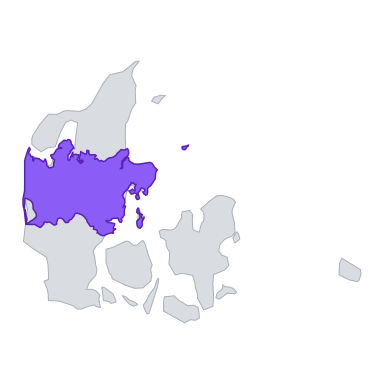 Midtjylland highlighted on a map of Denmark
{"feature_id": "DNK-3416", "entity_name": "Midtjylland", "entity_type": "Region", "adm_level": 1, "iso_a3": "DNK", "parent_name": "Denmark", "parent_adm1": "", "projection": "albers", "projection_center": [9.543, 56.244], "detail": "fine", "context": "in_parent", "style": "filled", "palette": "violet", "viewbox_px": 384, "rotation_deg": 0, "n_neighbors": 0, "source": "natural_earth", "source_scale": "10m", "svg_char_len": 9405}
<svg xmlns="http://www.w3.org/2000/svg" viewBox="0 0 384 384"><path d="M100.4,307.4L99.7,307.4L96.6,306.7L94.4,304.9L88.7,306.2L81.1,309.1L76.8,308.9L73.5,305.8L59.8,301.3L57.5,300.9L48.5,300.6L48.1,293.6L47.1,288.6L44.0,281.1L48.7,279.3L48.0,264.7L46.4,257.1L33.6,249.1L23.5,241.4L26.4,216.0L27.5,209.2L24.0,195.8L24.7,180.5L26.8,156.4L29.9,155.5L32.2,155.7L41.1,160.1L44.8,160.6L47.3,164.5L50.2,166.2L52.4,162.1L53.4,155.1L60.5,146.1L65.5,142.8L68.8,141.2L72.2,144.9L74.8,149.0L75.4,140.0L77.6,122.8L71.0,120.1L65.5,122.4L60.1,133.2L55.1,146.8L47.3,148.0L41.0,151.8L35.4,147.7L31.8,144.1L31.8,138.9L32.7,135.8L39.5,124.7L48.5,114.2L57.3,114.4L63.8,111.0L67.6,110.6L79.7,111.4L85.8,109.1L91.4,104.2L103.2,83.4L109.8,74.7L123.2,71.6L135.5,61.4L139.0,61.2L133.2,68.8L132.3,71.7L131.7,76.1L136.0,85.6L135.2,91.5L135.7,103.0L131.8,109.0L127.4,121.8L125.5,123.7L125.2,138.6L125.7,142.1L125.2,155.7L130.0,161.2L135.0,164.0L151.5,163.6L153.3,166.1L155.4,170.2L154.1,177.3L152.4,182.7L147.6,187.3L141.5,190.8L137.6,191.0L132.3,184.7L129.8,186.8L127.3,190.1L123.1,207.7L121.2,219.5L120.1,220.5L117.6,218.8L113.3,218.7L107.9,221.5L110.7,224.0L113.7,228.3L112.5,230.5L107.8,232.9L103.6,237.7L101.8,241.4L96.5,245.6L93.1,251.1L94.8,257.8L95.5,263.7L97.0,270.2L95.7,275.4L89.0,282.9L86.5,289.4L92.3,289.3L95.8,290.8L97.9,292.7L100.0,295.4L98.7,298.8L100.4,307.4ZM234.5,223.3L235.0,231.7L233.8,234.2L232.1,235.9L227.4,237.8L223.4,240.4L219.9,244.8L218.7,250.9L221.8,255.1L227.2,257.3L228.8,265.7L224.7,270.0L213.6,274.6L212.8,284.6L213.5,292.4L213.5,298.2L212.9,306.1L203.8,310.0L197.5,298.2L197.3,293.3L195.4,287.8L194.9,283.0L192.6,275.4L184.0,273.6L180.6,273.4L176.0,274.9L174.9,274.4L169.0,264.1L169.7,252.5L166.6,246.7L166.1,244.1L166.1,241.1L163.7,238.8L160.7,237.6L159.1,231.1L162.5,229.4L170.8,230.0L173.2,229.5L175.4,228.1L181.8,217.2L181.6,214.9L182.2,211.8L189.4,210.4L192.7,214.5L192.3,221.1L193.0,229.6L197.4,231.7L199.2,232.0L200.8,225.7L202.0,222.6L203.7,220.9L204.1,215.1L202.9,211.6L200.6,209.1L208.6,201.7L216.8,195.8L221.7,195.3L226.7,196.5L231.3,198.2L233.9,199.7L235.4,202.3L232.6,208.7L231.9,212.1L234.5,223.3ZM143.4,240.8L145.5,245.2L148.1,254.5L152.2,265.0L150.6,269.4L151.8,275.0L150.8,280.9L143.1,287.9L134.4,288.3L125.2,285.1L112.4,278.9L111.3,275.3L109.5,273.3L106.0,262.5L106.0,249.2L112.4,247.5L126.3,241.0L129.5,241.9L132.9,245.1L136.8,245.3L142.3,240.6L143.4,240.8ZM179.2,300.7L187.9,305.7L193.7,305.2L197.8,307.3L198.8,310.6L199.4,318.0L195.3,320.3L190.6,319.7L184.4,322.8L163.6,311.1L163.6,300.9L164.4,296.9L174.0,295.8L179.2,300.7ZM359.0,280.1L357.4,281.6L349.2,279.9L339.0,274.8L339.6,263.3L341.7,258.2L360.4,269.6L361.0,274.4L359.0,280.1ZM148.9,313.3L146.8,313.8L143.7,307.0L143.3,304.9L146.7,300.4L148.8,295.4L154.4,287.7L157.5,278.7L158.8,278.8L157.5,286.8L150.4,309.1L148.9,313.3ZM116.0,302.2L111.0,303.4L108.4,301.4L103.6,300.6L101.9,287.6L102.4,286.9L104.7,287.8L112.9,293.8L115.8,300.4L116.0,302.2ZM236.6,292.4L234.8,293.8L227.3,293.2L219.1,299.3L215.9,297.6L216.9,293.8L217.8,292.4L220.5,290.7L222.3,288.3L222.9,284.7L224.7,286.6L229.9,287.2L232.5,288.2L234.7,289.8L236.6,292.4ZM141.4,226.2L140.6,227.7L137.6,226.2L137.2,220.7L138.2,215.8L136.8,211.5L138.3,208.6L142.6,215.1L143.8,218.2L142.3,221.9L141.4,226.2ZM159.8,101.8L158.0,103.8L151.6,101.1L154.3,97.1L161.2,95.2L165.2,95.7L160.9,99.7L159.8,101.8ZM136.6,305.3L133.4,306.2L129.6,304.4L123.5,297.5L122.7,295.7L125.9,296.9L129.9,300.4L133.1,301.2L137.6,304.2L136.6,305.3ZM239.8,239.0L235.5,242.8L234.5,242.6L232.8,237.8L235.0,234.7L236.3,232.1L237.3,232.1L238.8,234.8L239.8,239.0Z" fill="#d9dde1" stroke="#a8b0b8" stroke-width="1"/><path d="M25.9,224.4L24.3,210.5L24.1,209.6L24.0,209.4L24.0,208.6L24.4,208.6L25.1,209.6L26.1,216.1L26.9,218.3L27.0,219.2L26.9,220.1L26.4,221.2L26.3,222.1L26.4,223.3L26.8,223.5L29.0,222.4L31.3,220.6L32.3,220.3L34.2,218.8L36.1,216.9L36.4,215.5L36.2,214.0L35.5,212.6L34.8,211.3L33.1,208.9L33.1,206.3L32.6,203.3L31.4,201.3L29.8,200.1L26.2,198.4L25.2,198.2L24.8,198.9L24.8,202.5L24.7,204.3L24.3,206.2L24.5,207.6L24.3,208.1L23.7,207.9L23.5,207.4L23.1,205.5L23.0,199.4L23.2,197.5L24.5,192.2L24.7,190.3L24.7,161.0L25.0,159.6L25.3,158.2L27.6,150.9L28.5,148.7L29.2,147.6L29.5,147.8L29.7,148.5L30.1,149.0L30.1,149.6L28.6,153.0L28.6,153.6L29.2,154.1L30.0,154.2L30.6,156.2L30.9,156.5L32.8,156.9L33.3,157.3L32.7,157.7L32.8,158.5L32.7,159.8L32.9,160.6L33.3,161.0L33.7,160.7L33.9,160.2L33.6,159.5L33.6,158.9L35.1,158.4L37.3,158.4L39.4,158.9L40.3,159.9L40.7,160.0L43.0,161.9L43.6,161.6L44.2,160.9L45.1,159.1L45.4,159.1L46.7,163.1L46.8,163.7L46.6,164.1L46.7,164.9L46.9,165.7L47.7,166.3L48.6,167.5L49.1,167.8L49.9,167.8L53.1,167.1L53.3,166.7L53.5,166.0L53.7,163.2L54.0,161.4L54.5,160.5L54.3,159.8L52.9,158.6L52.1,158.3L51.9,157.9L51.8,157.2L51.6,156.4L50.8,156.0L50.8,155.1L51.5,154.6L53.6,154.4L56.6,149.4L57.3,149.0L59.3,148.4L61.8,148.3L61.9,148.1L60.8,147.7L58.8,147.6L58.3,147.1L58.8,145.6L59.4,144.3L60.0,143.6L61.5,142.5L63.7,140.4L64.6,140.2L66.4,140.8L67.0,140.7L67.5,139.9L67.9,139.6L68.7,139.6L69.7,139.9L70.6,140.7L71.0,141.7L71.3,143.7L71.9,144.8L72.7,145.7L73.2,146.6L73.8,148.4L72.5,148.7L71.2,150.9L70.0,151.2L70.0,151.8L70.2,152.6L69.7,153.4L68.4,154.7L67.9,155.9L67.9,156.9L68.1,159.6L68.4,160.4L69.2,160.3L69.9,159.4L70.6,156.6L71.3,156.5L72.1,156.6L72.8,156.5L72.5,155.7L72.2,155.4L71.7,155.5L71.3,155.8L72.3,153.5L72.5,152.4L72.9,152.4L72.6,154.3L73.8,154.6L75.4,154.3L76.5,154.4L77.1,154.9L78.5,154.8L78.9,155.9L78.7,156.7L77.7,158.3L77.2,159.4L77.7,159.6L77.9,160.5L78.2,161.1L78.6,161.6L79.8,162.3L80.3,163.4L80.7,163.5L81.7,161.6L82.4,162.3L82.9,161.6L82.9,160.5L81.9,160.0L80.4,160.8L80.3,161.1L80.1,161.2L79.6,161.1L79.2,160.9L79.2,160.4L79.4,160.0L79.5,160.0L79.6,156.8L80.4,154.1L80.8,151.7L85.8,154.4L87.0,152.4L86.6,151.3L86.9,150.4L88.3,150.5L89.0,151.3L88.7,153.3L90.0,154.8L95.2,154.8L96.2,155.7L94.9,157.1L94.6,159.0L95.5,159.3L97.0,158.4L99.3,161.1L101.4,160.5L102.6,161.2L103.4,161.4L105.3,161.0L106.9,159.2L108.7,158.1L109.9,157.8L112.6,157.4L115.8,155.4L117.3,153.2L119.5,151.3L121.0,149.6L123.3,150.0L125.2,149.8L126.4,149.1L127.5,148.6L128.4,150.5L128.7,153.3L127.9,155.7L124.8,158.1L122.5,160.8L122.1,161.0L121.6,164.5L122.0,165.5L121.8,166.7L121.3,167.8L120.7,168.5L122.1,168.4L122.7,167.9L122.6,164.8L122.7,162.4L123.2,161.3L125.1,159.8L126.6,157.7L127.4,157.1L128.4,157.7L128.6,158.3L128.9,160.6L129.1,160.9L130.5,162.0L134.0,164.0L137.8,164.4L148.9,162.5L150.4,162.6L152.0,163.4L152.7,164.2L154.2,166.9L157.2,169.7L157.2,170.3L156.1,171.3L155.6,173.3L155.4,175.6L155.4,177.6L154.9,179.4L150.7,185.7L148.6,187.2L147.7,188.4L147.5,189.5L147.7,192.2L147.1,194.7L145.6,195.1L143.9,193.9L142.8,192.0L144.0,191.7L144.5,191.3L144.7,190.2L144.6,189.1L144.1,188.7L143.5,188.6L142.9,188.2L141.8,187.8L140.6,189.2L139.6,191.1L138.1,192.9L138.5,194.8L139.1,197.0L139.4,198.4L138.9,199.0L138.2,199.4L137.4,199.5L136.8,199.3L136.3,198.6L135.8,197.0L135.5,196.2L136.6,195.2L137.0,195.0L136.7,194.0L136.3,193.6L134.3,193.0L133.9,193.1L132.9,193.8L131.5,194.1L130.7,193.5L130.0,192.3L129.0,191.0L130.0,190.9L131.6,189.6L132.4,189.2L133.1,189.7L133.9,190.6L134.8,190.9L135.4,189.7L134.6,188.4L134.6,187.3L135.9,184.5L135.3,184.5L134.6,184.3L134.0,183.8L133.5,183.1L133.0,182.8L131.8,183.4L131.1,182.8L131.0,184.0L130.7,184.7L130.3,185.1L129.7,185.2L129.3,185.6L128.1,188.4L127.0,189.9L124.5,192.0L123.3,193.7L122.7,195.6L123.0,196.9L123.8,198.0L124.6,199.7L124.9,201.9L124.7,203.5L124.2,205.0L123.3,206.7L124.5,206.1L125.3,206.0L125.5,206.6L124.4,209.3L124.3,210.4L124.3,214.0L124.1,215.3L123.0,216.8L122.8,217.4L122.0,217.8L121.5,218.3L121.2,218.8L121.4,219.0L121.8,219.8L122.0,220.7L121.2,222.2L120.7,222.4L120.1,222.2L119.7,221.8L118.9,220.7L118.4,218.9L117.9,218.3L117.3,218.1L112.7,218.4L112.1,218.6L111.1,220.1L109.9,220.6L107.4,220.5L106.2,220.7L107.4,222.1L114.2,223.5L114.7,223.9L114.5,224.8L113.8,226.5L113.4,228.0L113.5,228.6L114.2,228.8L115.4,228.8L115.4,229.3L113.5,230.5L112.9,231.4L113.5,232.8L112.8,233.4L111.7,232.8L106.5,234.3L104.1,235.6L102.7,235.7L99.8,234.6L98.1,233.1L97.7,232.9L97.1,232.9L97.3,231.9L97.4,231.2L97.1,230.5L96.6,230.0L95.5,229.6L94.0,229.4L93.5,229.1L93.4,228.5L93.8,227.0L93.6,226.5L92.7,226.3L91.0,226.5L90.2,226.2L89.6,225.4L88.4,223.3L87.3,222.1L87.0,221.3L86.8,220.2L86.5,219.6L84.1,216.6L82.9,215.5L81.4,214.6L77.0,213.1L75.2,213.5L73.9,216.1L71.7,218.9L70.9,219.5L70.0,219.8L69.6,220.1L68.9,221.0L68.5,222.1L67.8,222.0L67.3,222.5L65.7,222.6L65.1,222.1L63.2,219.6L61.8,218.3L59.4,218.0L57.7,218.9L57.0,221.4L56.4,222.1L56.7,223.6L56.7,224.1L55.9,224.6L54.4,225.1L53.6,224.8L50.3,222.4L48.7,222.0L46.6,222.5L45.6,222.2L45.1,221.9L44.7,221.9L44.3,222.0L43.7,222.4L44.0,223.5L43.9,223.9L40.8,227.2L40.0,227.4L39.4,227.2L37.7,226.1L36.5,225.6L35.1,224.5L25.9,224.4ZM139.0,219.2L139.6,218.1L140.0,216.8L139.9,215.4L139.3,214.0L138.4,213.4L137.4,213.0L136.8,212.1L136.9,210.0L137.4,208.9L138.1,208.1L138.7,208.3L139.1,211.8L139.9,213.3L141.0,214.2L142.2,214.6L141.8,215.4L141.6,216.3L141.7,217.2L141.9,218.0L142.8,219.2L143.3,218.8L144.0,217.4L144.2,218.0L143.5,219.2L142.3,220.9L142.1,222.4L142.2,225.2L141.7,226.7L140.2,228.2L138.5,227.8L137.2,225.8L136.8,222.7L137.0,221.0L137.5,220.3L138.2,219.9L139.0,219.2ZM182.1,148.2L182.0,147.0L182.5,146.6L186.4,146.0L188.4,145.2L188.4,145.8L188.1,145.9L187.8,146.3L187.0,146.8L185.4,149.4L184.6,149.7L183.6,149.6L182.7,149.1L182.1,148.2Z" fill="#8b5cf6" stroke="#5b21b6" stroke-width="1.5"/></svg>